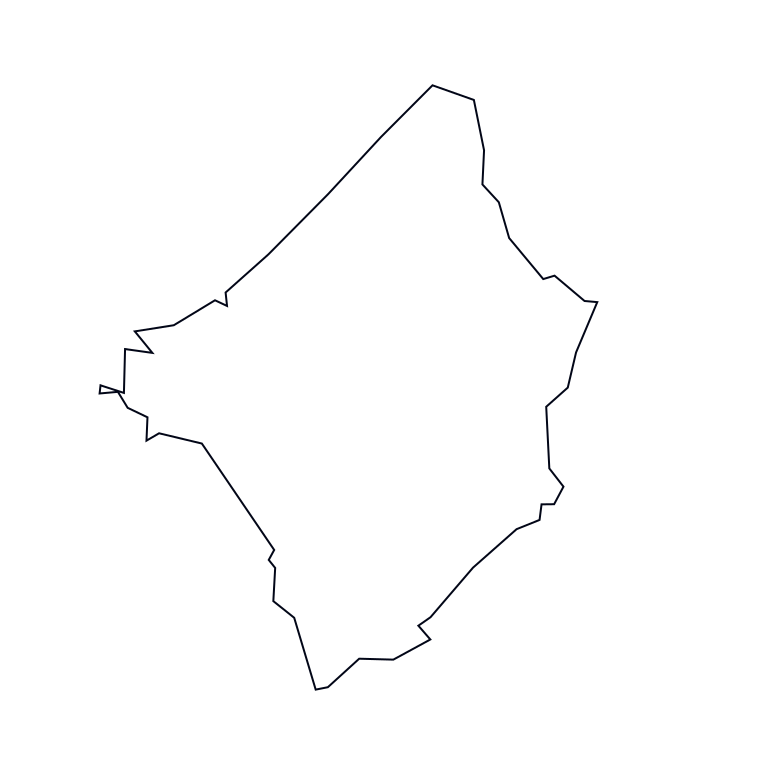 Coffee, Tennessee, United States of America (Albers equal-area conic projection), rotated 45°
{"feature_id": "52423323B30803905187114", "entity_name": "Coffee", "entity_type": "district", "adm_level": 2, "iso_a3": "USA", "parent_name": "United States of America", "parent_adm1": "Tennessee", "projection": "albers", "projection_center": [-86.08, 35.496], "detail": "fine", "context": "isolated", "style": "outline", "palette": "ink", "viewbox_px": 768, "rotation_deg": 45, "n_neighbors": 0, "source": "geoboundaries", "source_scale": "gbopen_adm2", "svg_char_len": 789}
<svg xmlns="http://www.w3.org/2000/svg" viewBox="0 0 768 768"><g transform="rotate(45 384 384)"><path d="M246.7,119.6L207.1,138.5L207.2,211.2L210.2,289.3L210.6,374.2L207.3,431.3L217.8,439.8L205.3,444.3L193.8,491.1L170.6,523.0L198.2,525.8L176.2,542.4L206.4,574.2L184.5,585.4L189.6,591.8L201.4,577.7L219.6,582.1L240.3,574.8L256.1,592.0L259.8,577.9L297.3,554.9L423.7,579.0L426.9,589.9L437.1,591.0L459.3,615.8L485.8,612.8L551.8,648.4L558.7,638.1L560.7,595.8L585.5,572.3L597.4,531.9L579.2,530.6L581.8,516.0L576.8,450.9L580.4,392.9L590.1,370.1L580.5,357.7L589.3,348.7L583.5,329.7L560.6,326.8L514.8,285.4L516.5,256.6L497.5,225.9L476.9,175.3L467.1,183.5L428.0,186.8L422.4,197.2L369.3,192.3L336.7,174.3L312.5,173.3L289.5,148.0L246.7,119.6Z" fill="none" stroke="#020617" stroke-width="2"/></g></svg>